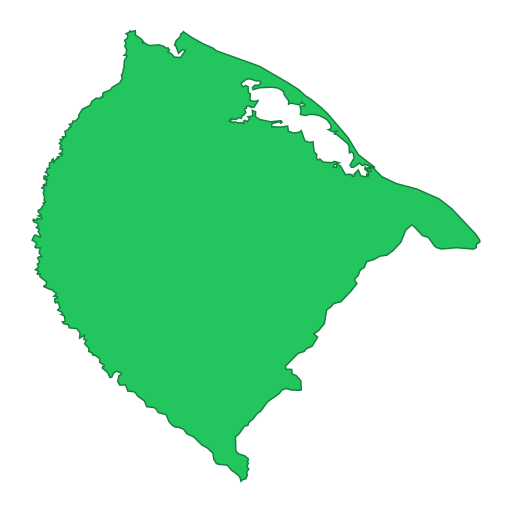 the State of Rio Grande do Sul, rotated 270°
{"feature_id": "BRA-612", "entity_name": "Rio Grande do Sul", "entity_type": "State", "adm_level": 1, "iso_a3": "BRA", "parent_name": "Brazil", "parent_adm1": "", "projection": "robinson", "projection_center": [-52.79, -30.407], "detail": "fine", "context": "isolated", "style": "filled", "palette": "green", "viewbox_px": 512, "rotation_deg": 270, "n_neighbors": 0, "source": "natural_earth", "source_scale": "10m", "svg_char_len": 5979}
<svg xmlns="http://www.w3.org/2000/svg" viewBox="0 0 512 512"><g transform="rotate(270 256 256)"><path d="M36.5,247.2L33.3,245.9L32.2,242.4L30.7,241.0L34.3,240.1L36.7,238.4L42.0,231.3L46.8,227.4L47.7,218.5L48.6,216.3L52.7,213.8L58.8,213.0L64.0,207.4L67.0,201.9L75.3,193.4L78.1,187.0L82.7,183.7L84.8,178.4L84.8,175.6L86.6,172.4L90.6,168.9L97.4,166.2L99.4,158.3L103.3,155.9L104.5,153.6L105.3,146.8L111.1,144.4L115.7,137.9L119.3,135.3L120.3,133.8L120.9,127.8L127.1,125.7L126.9,119.8L130.5,117.7L136.6,119.0L137.8,121.6L139.0,121.3L140.7,116.4L139.3,113.9L134.8,111.7L134.4,110.0L139.5,107.6L144.0,102.3L145.3,102.6L145.5,104.1L146.9,104.2L149.6,99.7L153.3,99.7L156.6,95.4L156.7,93.0L159.2,92.0L160.5,88.7L163.6,89.0L168.3,84.6L171.6,86.4L172.7,83.9L176.8,84.4L173.8,79.6L179.3,80.0L183.4,76.8L184.2,69.2L187.3,68.4L188.2,63.9L189.5,62.6L190.3,62.4L190.2,64.2L191.3,65.2L196.1,64.3L197.5,61.1L198.3,62.6L199.8,61.9L201.9,57.7L204.5,60.0L209.9,58.1L209.0,55.7L210.1,54.8L213.3,54.9L214.3,57.8L215.7,56.6L215.7,53.8L218.0,56.1L219.2,56.1L220.6,53.4L222.3,52.9L222.3,50.9L225.4,43.7L226.7,44.6L226.5,46.1L230.3,46.5L235.3,39.9L237.8,40.2L237.6,37.7L238.4,37.2L240.8,38.6L242.3,35.4L244.7,38.6L247.9,37.3L249.4,39.4L250.7,39.5L254.1,37.6L255.0,38.5L255.5,41.8L259.2,39.1L264.1,40.2L264.2,35.8L265.1,34.9L267.4,36.6L269.9,35.4L271.8,32.1L276.7,34.4L277.0,35.3L274.9,40.4L276.3,40.6L280.5,38.1L282.8,39.5L284.4,36.3L285.8,37.9L287.9,38.1L288.9,37.4L289.9,34.0L291.9,32.9L292.8,33.8L291.6,35.7L291.8,37.1L293.0,36.7L293.7,37.5L292.7,41.1L293.3,42.2L294.3,41.9L296.1,38.3L297.1,40.9L300.5,38.1L301.8,38.3L302.8,40.7L308.0,44.1L309.1,43.2L310.2,45.7L311.7,44.1L314.6,44.6L319.1,43.2L322.4,44.6L324.1,41.8L326.4,45.5L326.6,43.4L327.4,43.6L328.3,46.6L331.1,46.0L332.2,47.2L333.1,46.9L332.6,44.4L333.2,43.8L335.9,44.0L336.1,45.3L334.9,46.1L337.0,48.7L340.0,45.3L341.1,47.1L343.6,47.0L343.9,49.4L349.1,49.4L349.8,51.4L352.3,52.0L353.1,53.3L349.6,53.8L354.2,57.3L352.7,58.4L355.1,57.5L355.8,60.7L357.3,62.2L358.2,59.3L359.0,60.3L358.6,61.8L362.9,62.5L362.9,60.2L365.1,60.2L366.4,61.6L368.8,59.3L370.7,61.6L372.4,60.2L373.4,63.4L375.3,62.5L375.1,64.8L376.0,65.7L380.8,65.0L382.2,68.0L384.3,69.2L385.3,71.3L387.7,69.4L388.3,72.2L391.1,73.1L390.8,75.4L394.5,78.9L396.6,78.6L402.9,82.4L406.7,90.1L410.6,91.9L413.9,96.1L413.5,100.0L414.8,100.6L415.0,103.0L417.1,102.6L419.3,103.4L422.0,110.3L424.7,112.2L429.0,119.6L433.6,122.3L436.8,121.4L439.0,122.8L443.9,123.5L444.6,124.6L446.3,123.9L452.0,124.6L455.2,126.9L456.1,126.9L456.8,124.1L458.1,126.0L462.3,126.7L466.0,124.7L468.1,126.1L471.7,124.6L473.2,126.9L474.9,127.7L477.0,127.8L478.3,126.0L479.5,128.8L481.1,130.1L480.3,131.1L481.3,135.3L476.9,135.4L473.1,141.2L470.0,143.6L469.6,142.3L468.9,142.6L468.8,145.4L467.1,147.3L466.5,150.3L467.2,158.9L465.7,163.7L464.0,165.8L464.0,168.2L461.6,169.4L460.2,167.8L458.1,171.6L454.9,174.3L454.5,180.6L461.4,185.3L462.2,184.1L461.9,182.0L458.7,178.5L465.6,176.1L466.7,174.6L471.5,176.2L474.7,179.8L478.4,181.1L479.4,183.1L480.4,183.3L474.8,191.3L467.7,204.1L464.0,212.9L461.3,216.2L445.6,259.7L429.3,287.8L422.3,298.8L416.2,305.4L413.0,310.6L404.4,321.2L397.7,328.1L374.4,348.0L357.4,358.3L345.2,374.1L344.8,372.8L347.6,364.8L346.4,362.1L348.9,359.6L344.7,353.4L344.7,351.4L346.9,350.0L354.0,354.1L358.9,353.2L360.2,351.4L359.0,349.5L366.4,349.0L368.5,347.5L377.3,337.1L378.1,334.4L380.9,336.9L380.1,333.2L382.4,328.4L382.9,330.5L384.9,331.2L387.4,330.6L392.5,326.9L396.2,319.9L397.4,315.0L397.7,310.0L396.5,305.8L397.3,301.0L397.8,300.3L401.0,301.2L405.7,300.0L406.3,304.7L407.8,304.6L408.5,302.6L410.1,301.7L408.2,300.8L407.2,298.9L409.0,290.6L407.8,288.6L411.4,288.6L416.8,284.5L420.2,283.4L421.8,281.9L424.1,277.4L424.8,271.7L424.3,259.8L422.3,253.0L424.4,252.4L426.9,255.0L426.6,258.1L429.0,261.2L431.4,258.9L431.0,256.2L433.1,250.2L432.9,246.6L428.7,241.2L426.8,241.5L425.2,243.3L426.5,245.6L425.4,248.1L419.3,248.4L418.2,250.4L411.7,249.9L410.5,254.2L411.5,258.0L410.3,257.6L404.8,253.9L404.5,251.7L406.1,248.6L405.5,246.4L403.8,246.5L403.5,244.9L402.3,244.6L399.8,245.9L396.8,243.7L396.5,242.1L393.5,241.4L394.5,239.2L392.5,235.9L393.3,231.3L392.1,231.8L391.9,229.6L390.7,229.2L389.4,233.4L390.2,234.3L389.0,239.0L389.4,241.2L388.2,243.7L390.7,243.5L391.7,245.1L390.2,246.9L393.2,249.7L395.2,247.8L396.1,252.8L401.6,252.3L400.2,255.6L395.3,255.5L392.5,259.7L390.2,270.6L391.3,281.1L389.7,282.1L388.8,280.6L390.2,280.2L390.1,278.3L388.3,271.8L385.2,271.8L384.9,280.8L386.0,287.7L380.7,288.4L379.0,293.6L379.8,299.4L381.4,301.2L371.1,304.9L369.5,309.6L370.3,313.0L360.0,314.1L357.8,316.7L354.1,316.4L351.8,318.1L353.0,319.9L349.8,323.3L349.4,332.0L350.6,334.3L349.2,339.2L347.4,334.1L345.0,333.3L344.6,336.5L347.1,336.6L347.4,337.6L346.1,340.5L337.3,345.5L337.8,349.5L337.0,352.3L335.8,352.2L335.6,353.6L336.3,354.8L337.8,354.1L342.1,358.3L336.2,360.7L335.0,366.5L337.7,366.7L336.2,368.3L337.5,368.7L340.9,367.3L342.6,364.9L345.0,365.1L340.1,369.7L340.8,371.1L341.7,370.9L344.7,367.4L343.9,371.1L344.4,374.1L342.4,374.8L335.3,381.9L328.4,396.4L323.0,416.7L313.1,439.2L303.3,451.7L278.2,475.4L271.9,479.7L270.1,479.9L267.5,476.2L264.5,476.4L262.9,473.6L264.3,456.5L263.0,441.5L264.4,436.7L266.0,434.5L274.7,428.3L276.3,422.6L286.0,413.6L286.9,411.4L281.8,405.7L269.7,400.8L261.5,393.1L256.8,386.8L255.9,380.0L252.4,373.8L250.3,366.6L244.6,364.3L241.9,360.2L236.1,358.0L233.8,355.3L231.6,354.7L228.3,356.9L221.1,351.1L210.3,340.9L208.5,333.8L204.7,330.4L202.2,326.7L188.3,324.3L181.5,318.7L178.1,313.8L174.9,317.7L165.9,312.2L163.1,306.1L160.5,304.2L158.8,298.3L146.0,285.6L143.6,285.6L142.7,286.5L142.6,291.7L138.1,292.1L136.3,296.4L131.2,300.8L122.3,301.3L121.7,300.3L122.0,291.4L123.5,286.1L122.2,282.2L118.4,279.2L110.4,267.7L100.7,260.6L98.4,257.1L92.7,252.7L89.8,249.0L86.6,247.8L85.9,244.4L78.7,239.5L75.0,235.5L61.1,235.8L58.1,238.7L56.2,244.7L53.5,248.0L51.7,248.4L50.2,247.1L48.8,248.4L45.5,246.9L42.9,248.8L40.4,246.8L36.5,247.2Z" fill="#22c55e" stroke="#15803d" stroke-width="1.5"/></g></svg>